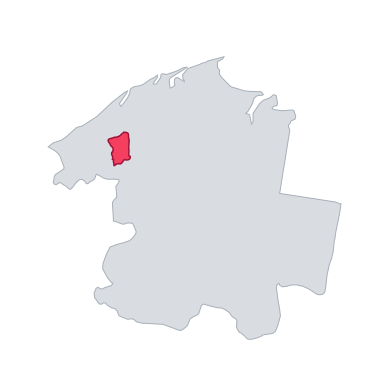 location of Douigni, Nyanga, Gabon, rotated 99°
{"feature_id": "22940354B25852434445694", "entity_name": "Douigni", "entity_type": "district", "adm_level": 2, "iso_a3": "GAB", "parent_name": "Gabon", "parent_adm1": "Nyanga", "projection": "orthographic", "projection_center": [10.944, -2.448], "detail": "fine", "context": "in_parent", "style": "filled", "palette": "rose", "viewbox_px": 384, "rotation_deg": 99, "n_neighbors": 0, "source": "geoboundaries", "source_scale": "gbopen_adm2", "svg_char_len": 4583}
<svg xmlns="http://www.w3.org/2000/svg" viewBox="0 0 384 384"><g transform="rotate(99 192 192)"><path d="M273.6,49.7L273.4,53.0L269.6,61.2L267.8,67.5L267.4,74.3L268.4,79.7L270.3,83.5L271.5,87.8L270.5,90.7L268.7,91.9L270.0,93.4L272.7,93.8L277.4,92.5L284.7,90.3L294.2,87.1L300.4,85.3L310.7,86.4L316.2,87.7L319.0,90.0L322.1,99.6L323.6,101.1L326.1,105.2L328.2,110.2L328.6,112.7L328.4,114.5L326.3,117.1L323.9,121.1L323.1,123.4L321.1,125.2L318.6,126.9L311.8,127.6L310.7,128.6L308.8,132.8L305.2,136.4L303.5,139.7L302.0,144.2L302.3,149.7L301.6,157.7L300.9,163.1L302.7,165.0L310.9,166.3L312.5,167.4L314.7,170.7L317.5,173.9L325.0,175.8L327.9,178.3L330.3,180.9L330.6,183.1L328.9,191.7L327.2,200.0L327.9,206.3L328.5,212.4L329.4,221.2L328.9,226.6L326.8,229.8L326.8,232.4L327.8,235.5L325.9,244.1L324.7,245.5L321.3,247.1L319.5,249.4L319.0,253.0L317.1,258.0L315.3,259.8L315.3,262.1L317.0,263.8L317.0,266.3L313.7,269.4L311.6,271.7L307.1,272.9L302.0,271.6L300.8,269.9L302.1,267.3L301.6,265.1L299.9,262.9L297.1,257.1L294.7,255.9L293.4,258.3L289.2,262.6L281.8,268.2L276.7,268.7L267.1,266.9L259.2,264.3L255.4,257.7L253.1,252.2L249.7,245.9L245.8,242.9L241.7,241.0L239.9,240.9L234.1,244.4L232.3,245.8L232.3,248.7L232.9,251.5L233.8,252.8L234.5,254.6L234.4,257.3L233.4,261.0L233.0,265.0L214.7,269.0L211.5,267.5L209.2,265.7L206.4,266.0L198.5,268.1L195.6,266.6L192.7,265.6L191.3,266.5L191.2,268.2L192.6,277.7L192.1,281.4L190.3,286.1L189.4,289.3L194.3,290.2L196.0,291.7L197.7,294.1L200.1,296.3L200.2,297.7L197.6,300.2L196.7,303.2L197.9,305.6L201.2,308.1L206.0,310.7L208.4,312.4L208.2,314.0L205.9,317.3L205.1,320.1L203.5,322.7L203.8,325.0L206.0,327.2L205.8,329.1L204.3,330.6L201.3,330.3L198.8,330.5L196.5,329.9L189.3,322.3L187.8,322.1L177.4,327.9L174.9,330.3L172.7,333.7L169.9,341.1L165.2,336.8L161.1,328.9L156.4,324.1L146.4,316.2L143.8,310.5L132.4,297.8L116.0,285.1L104.1,274.1L102.3,271.6L104.3,271.9L115.8,277.4L117.3,276.8L118.6,275.5L113.7,272.7L109.0,270.4L104.6,269.0L100.2,269.1L97.7,266.8L96.1,263.2L95.2,260.2L93.3,257.0L87.0,250.5L85.5,248.0L82.0,244.5L84.1,244.1L90.9,247.4L91.4,246.1L90.9,244.1L84.1,241.0L80.4,240.8L79.6,238.6L80.1,236.0L75.2,226.5L70.2,219.4L69.4,216.0L83.0,231.5L84.8,231.8L87.2,231.6L92.8,229.9L91.7,227.8L89.2,225.6L86.7,226.6L83.5,226.8L81.9,225.9L81.1,224.3L84.3,216.8L82.9,217.2L81.9,218.5L80.1,219.1L77.4,219.5L70.8,215.5L64.9,204.6L63.3,202.4L61.7,198.6L60.2,197.1L53.4,181.6L56.0,182.7L59.1,187.2L65.1,186.3L67.4,183.7L69.5,183.8L71.6,183.2L74.2,180.7L81.9,170.1L83.9,156.0L83.3,147.7L82.1,139.4L84.7,136.7L85.7,138.5L86.2,141.4L87.4,143.6L90.1,145.5L95.2,146.1L103.1,149.1L105.9,151.1L106.6,147.2L115.7,143.8L113.0,142.6L104.9,144.0L93.9,139.0L90.2,135.8L86.8,129.9L83.2,126.7L83.5,123.9L91.4,121.3L93.5,121.6L94.4,124.7L96.5,126.0L97.3,125.6L97.7,122.9L97.7,115.8L95.3,105.7L96.0,103.7L98.2,103.0L100.1,101.7L101.5,101.4L104.1,101.7L105.5,104.0L106.2,105.3L108.9,105.9L111.2,107.2L113.1,106.8L114.7,105.4L117.0,105.0L124.2,105.1L130.8,105.1L143.8,105.1L156.9,105.2L169.9,105.2L179.7,105.2L179.7,99.4L179.6,90.5L179.6,79.9L179.5,69.8L179.5,60.4L179.4,49.3L179.9,46.2L180.6,44.8L180.3,43.0L190.4,42.9L208.7,43.7L216.7,43.6L218.9,43.8L228.9,43.2L237.0,43.9L240.4,44.7L243.5,45.1L253.2,45.6L265.8,45.0L270.1,45.2L272.5,46.7L273.6,49.7Z" fill="#d9dde1" stroke="#a8b0b8" stroke-width="1"/><path d="M172.3,275.7L172.4,274.5L174.1,274.4L174.7,274.3L175.3,273.8L176.2,273.7L176.9,273.6L178.1,273.1L178.0,272.6L177.5,272.1L177.0,271.7L176.6,271.3L176.0,270.4L175.7,269.8L175.6,269.1L175.5,268.2L175.5,267.3L175.2,266.7L174.6,266.1L173.9,265.8L173.4,265.4L172.8,265.0L171.9,264.7L170.9,264.2L170.8,263.9L170.6,262.4L170.6,261.6L170.4,260.6L170.0,259.8L169.3,258.9L168.5,258.5L167.7,258.4L166.8,258.5L166.4,258.7L166.4,259.5L165.9,260.0L165.2,260.3L163.6,260.5L162.5,260.6L160.7,260.8L159.0,261.2L157.8,261.5L155.9,261.7L153.4,261.9L151.2,262.1L149.7,262.5L148.7,263.0L147.7,263.3L146.6,263.5L146.4,263.6L145.9,263.6L144.9,263.9L144.3,264.2L143.8,264.7L143.6,265.3L143.5,266.1L143.5,267.1L143.5,267.7L143.5,268.6L144.4,269.1L144.9,269.5L145.1,270.1L145.4,270.4L146.0,270.8L146.6,271.1L147.3,271.6L147.9,272.3L148.5,273.1L149.1,274.1L149.6,275.1L149.8,276.0L150.0,277.0L150.6,278.0L151.1,279.0L151.8,280.5L152.3,281.6L152.8,282.4L153.4,282.8L153.9,282.9L154.6,282.8L155.5,282.3L156.3,281.6L156.8,280.9L157.5,280.4L158.2,280.1L159.1,279.3L160.0,278.0L160.9,277.0L161.5,276.7L162.8,276.6L164.3,276.6L164.9,276.7L165.0,277.1L165.4,277.4L166.4,277.4L167.2,277.3L168.0,277.0L168.8,276.4L169.4,275.9L170.7,275.7L172.3,275.7Z" fill="#f43f5e" stroke="#9f1239" stroke-width="1.5"/></g></svg>